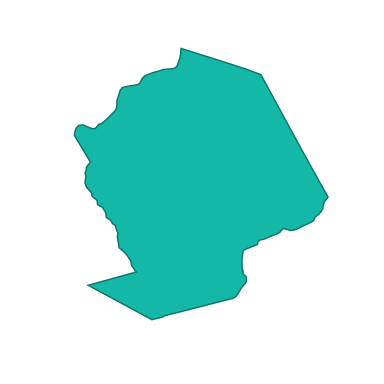 Santo Antônio dos Lopes, Maranhão, Brazil, rotated 199°
{"feature_id": "56859067B82634178607747", "entity_name": "Santo Antônio dos Lopes", "entity_type": "district", "adm_level": 2, "iso_a3": "BRA", "parent_name": "Brazil", "parent_adm1": "Maranhão", "projection": "mercator", "projection_center": [-44.464, -4.813], "detail": "fine", "context": "isolated", "style": "filled", "palette": "teal", "viewbox_px": 384, "rotation_deg": 199, "n_neighbors": 0, "source": "geoboundaries", "source_scale": "gbopen_adm2", "svg_char_len": 1702}
<svg xmlns="http://www.w3.org/2000/svg" viewBox="0 0 384 384"><g transform="rotate(199 192 192)"><path d="M116.7,131.2L118.4,134.4L119.9,136.5L121.6,141.2L122.8,144.6L123.7,149.0L124.5,153.4L121.2,156.7L119.1,158.5L113.1,163.6L113.5,166.5L112.0,168.8L108.4,171.0L105.4,173.7L103.7,175.3L101.5,177.1L97.3,180.6L95.8,182.5L94.9,185.2L93.8,187.3L90.7,187.5L86.4,187.7L82.7,189.5L80.5,191.4L77.7,194.3L74.2,197.7L71.5,200.3L67.6,204.4L67.5,208.2L65.0,212.2L63.5,215.5L62.9,218.9L63.6,221.7L63.7,225.6L61.7,231.4L98.1,264.1L165.1,325.4L179.8,325.8L206.4,325.3L249.1,324.2L247.6,318.3L247.1,315.0L247.1,309.8L247.2,306.3L248.1,304.1L251.0,301.9L254.3,300.6L259.0,298.5L261.6,296.4L267.4,292.4L272.5,288.3L274.7,286.1L276.1,282.6L276.7,278.3L278.1,276.0L281.2,274.2L285.7,271.9L291.6,268.3L293.0,265.3L292.9,259.6L292.7,253.8L291.2,249.4L290.8,245.9L291.3,243.4L293.1,239.8L295.6,234.5L299.5,227.6L302.1,225.7L303.0,223.4L304.0,220.7L306.9,219.3L317.0,219.9L320.6,218.2L322.3,214.7L322.3,210.2L321.7,207.3L297.6,187.1L299.1,183.6L299.9,181.0L299.2,178.7L299.2,174.9L297.4,172.4L296.7,168.4L296.1,165.5L293.1,162.0L289.4,160.0L286.8,158.6L284.8,155.2L281.4,154.2L278.8,152.9L277.2,149.4L274.7,148.8L272.0,148.5L269.2,146.4L266.7,144.2L264.8,140.1L259.8,138.8L256.8,136.2L253.4,135.3L251.2,131.8L248.8,129.2L248.0,125.3L246.2,121.8L243.9,118.2L242.9,115.6L240.4,114.7L234.7,112.3L231.4,109.9L229.4,108.4L227.3,106.6L225.0,102.7L222.6,101.0L218.7,98.2L259.8,70.0L188.3,58.2L184.1,61.0L181.9,62.3L179.1,64.3L177.4,66.2L170.7,70.6L140.0,90.8L118.8,104.8L116.8,106.8L115.5,110.2L114.4,116.1L113.4,119.3L112.3,121.9L111.5,125.4L113.0,129.3L116.7,131.2Z" fill="#14b8a6" stroke="#0f766e" stroke-width="1.5"/></g></svg>